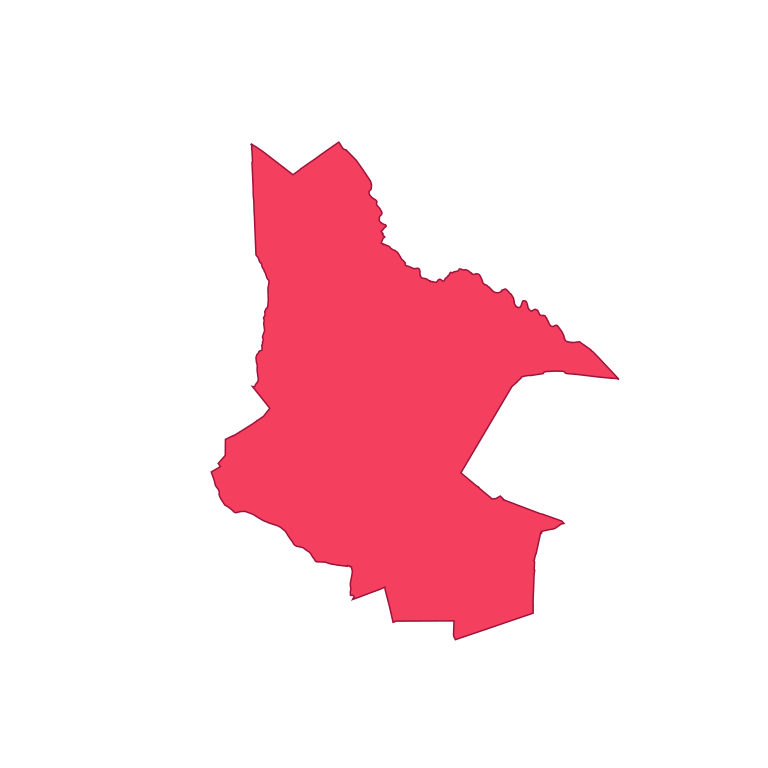 Nieuwkoop, Zuid-Holland, Netherlands (Equal Earth projection), rotated 237°
{"feature_id": "6326949B12363687207938", "entity_name": "Nieuwkoop", "entity_type": "district", "adm_level": 2, "iso_a3": "NLD", "parent_name": "Netherlands", "parent_adm1": "Zuid-Holland", "projection": "equal_earth", "projection_center": [4.798, 52.168], "detail": "fine", "context": "isolated", "style": "filled", "palette": "rose", "viewbox_px": 768, "rotation_deg": 237, "n_neighbors": 0, "source": "geoboundaries", "source_scale": "gbopen_adm2", "svg_char_len": 6135}
<svg xmlns="http://www.w3.org/2000/svg" viewBox="0 0 768 768"><g transform="rotate(237 384 384)"><path d="M233.8,246.3L229.9,244.4L227.9,242.4L225.0,240.8L224.5,241.4L224.4,242.2L222.9,243.1L221.2,242.7L221.2,241.9L220.9,241.8L220.9,241.0L220.6,240.9L220.4,240.4L219.5,244.0L216.7,256.8L214.0,269.0L213.1,274.2L211.1,273.0L194.7,267.5L179.2,261.8L178.8,263.0L178.8,264.6L147.2,313.7L135.5,305.5L134.0,305.0L130.7,304.6L110.6,384.3L118.7,389.6L119.3,389.8L122.7,392.2L143.1,406.6L145.7,409.0L146.3,408.7L153.0,413.5L154.6,413.6L154.6,414.0L154.9,414.6L158.4,418.1L158.6,418.9L173.9,434.4L173.1,434.9L173.5,435.4L174.6,435.9L172.2,442.4L170.0,447.6L169.7,449.5L169.9,450.5L169.8,451.9L170.1,456.1L169.0,459.0L172.2,458.5L188.9,445.7L189.6,444.8L221.9,421.1L222.1,421.5L226.7,420.5L227.0,415.4L228.7,412.1L244.2,407.3L246.2,407.2L246.9,406.9L247.0,406.4L267.6,400.1L312.2,489.9L313.1,496.0L313.3,497.1L313.5,497.4L314.3,502.1L314.7,502.3L314.9,503.4L314.1,506.1L312.4,509.9L311.7,511.1L311.4,511.2L306.2,522.8L306.1,523.2L306.3,523.5L306.7,524.3L306.7,525.1L306.0,527.0L301.6,534.6L297.1,541.2L296.8,541.5L295.8,541.9L294.3,542.1L293.3,542.9L286.4,551.7L272.3,568.6L267.9,574.1L267.9,574.5L266.9,575.4L261.9,582.0L261.2,582.6L259.8,583.4L261.6,583.3L289.5,578.3L297.1,576.8L299.4,575.9L299.7,576.1L300.6,575.9L311.1,571.6L312.2,571.4L312.9,570.9L313.3,570.3L315.4,565.8L317.5,563.1L317.4,563.1L319.6,560.9L321.1,559.9L322.4,559.9L324.0,560.3L324.1,560.1L324.3,560.4L327.0,561.2L331.0,561.7L336.5,561.4L338.6,561.2L339.4,560.5L339.3,560.3L339.7,560.1L340.0,558.7L340.0,557.6L340.2,557.0L341.3,555.8L342.4,555.3L345.9,555.5L347.3,555.9L348.9,555.8L350.1,556.2L351.4,556.3L352.0,556.1L353.4,556.2L354.5,555.3L354.4,555.2L356.0,553.1L357.3,552.4L358.1,552.4L359.8,552.7L361.0,552.8L361.9,553.0L362.8,552.6L363.5,552.0L364.0,551.9L364.5,551.0L364.6,549.4L364.9,547.8L364.7,547.6L365.5,546.8L367.8,546.2L368.7,546.4L369.3,546.3L371.1,546.9L371.2,547.1L374.7,548.1L375.6,548.1L376.8,547.7L377.9,546.2L378.0,545.6L377.3,544.5L375.2,541.9L374.2,539.8L375.2,538.0L376.7,537.3L377.0,536.9L377.3,537.1L378.0,537.0L380.4,537.2L381.4,537.6L381.8,538.0L382.5,538.3L382.7,538.1L384.4,539.0L385.8,539.4L390.2,539.5L391.6,538.9L393.5,538.8L395.5,538.2L396.3,538.2L397.3,537.8L397.5,537.6L397.8,537.0L398.0,535.9L398.1,535.4L398.4,534.3L398.2,534.3L398.2,533.3L397.8,533.1L397.7,531.8L398.2,529.8L398.5,529.0L400.5,526.9L402.3,526.0L408.0,524.9L409.9,524.0L410.6,524.1L411.8,523.3L412.1,522.8L413.0,522.6L414.1,522.0L416.4,522.4L416.5,522.6L418.7,523.1L419.3,523.0L421.3,523.5L423.5,523.5L425.1,522.8L426.4,521.2L426.5,520.1L427.4,518.4L428.5,517.8L429.1,517.9L429.6,517.7L429.4,517.4L432.0,516.8L433.4,516.2L435.0,515.1L435.7,514.2L435.6,513.8L436.8,512.2L438.1,511.3L438.5,511.2L439.3,510.1L439.3,509.6L438.6,507.9L438.5,507.2L438.8,506.5L439.2,505.9L439.1,505.7L440.0,503.9L439.9,502.2L440.0,501.7L441.2,501.0L441.4,500.5L440.9,499.3L439.8,497.6L439.7,497.1L439.9,496.9L439.9,496.6L439.3,495.4L439.1,492.7L437.9,491.0L437.7,490.4L438.1,489.6L441.2,488.2L441.6,487.6L441.7,487.0L441.7,486.0L440.8,483.4L441.9,481.8L443.2,480.8L443.6,480.1L443.9,479.9L444.2,479.2L444.8,478.7L445.1,479.0L445.4,478.9L446.1,478.1L448.7,477.0L449.7,476.3L452.2,473.6L452.7,473.3L454.7,473.3L454.7,473.5L456.8,474.1L458.3,475.3L460.1,476.0L461.3,476.1L462.2,475.8L462.9,475.1L463.8,473.0L464.8,471.6L468.7,469.1L469.9,468.2L470.5,467.5L471.6,466.8L472.4,466.8L474.3,467.8L476.5,467.5L478.9,466.8L485.7,467.1L487.0,467.0L489.9,466.0L491.8,464.6L494.1,463.6L495.8,463.5L496.5,463.3L501.1,460.2L501.2,459.5L502.3,459.5L503.5,458.5L504.0,458.7L504.6,459.5L506.8,462.9L506.8,464.7L510.3,464.2L510.5,465.0L513.5,464.7L514.3,468.2L514.9,469.6L514.9,471.1L515.2,471.9L516.7,472.0L517.3,471.3L519.1,470.2L521.4,469.2L522.7,469.0L524.5,469.4L525.6,470.5L526.5,471.1L526.9,471.7L527.4,474.0L527.7,474.6L528.6,475.5L529.5,475.8L533.7,476.1L536.6,475.6L538.2,475.5L539.3,476.0L540.7,477.3L541.4,477.5L542.8,477.3L544.5,476.5L544.8,476.2L546.4,475.8L546.7,475.4L550.2,475.0L551.8,475.1L552.4,475.7L553.5,476.0L554.4,479.3L554.7,479.7L557.9,482.1L561.5,483.2L575.5,483.0L586.6,482.6L600.4,479.8L600.7,479.9L603.2,477.9L605.9,477.7L607.8,477.9L611.5,477.9L610.7,454.9L610.3,449.6L610.1,439.7L609.8,431.0L609.5,430.3L609.1,421.6L645.3,408.9L652.4,405.9L655.7,404.3L655.6,404.1L657.4,403.6L657.2,402.9L656.1,403.0L653.0,400.9L651.7,400.4L643.1,395.4L642.3,395.1L641.8,394.0L619.8,381.1L615.3,378.2L611.0,375.7L608.9,374.8L598.8,368.6L595.0,366.5L562.3,347.1L561.2,346.9L558.7,347.3L554.1,346.2L551.5,346.7L549.5,345.9L547.8,345.4L545.2,345.5L543.9,345.0L541.5,344.9L537.0,343.6L535.3,343.5L533.7,343.8L532.1,343.1L529.0,340.3L528.1,339.3L525.9,337.8L517.3,332.6L513.0,329.3L511.7,328.0L511.4,326.1L510.4,324.8L509.9,323.6L509.4,323.2L506.5,321.8L505.4,319.4L505.0,318.9L502.8,318.3L500.2,316.0L494.3,313.2L493.3,312.4L491.6,310.0L489.8,307.9L489.2,307.5L486.5,306.8L485.7,305.2L484.1,304.2L482.9,302.4L481.4,301.8L479.1,300.3L478.9,299.7L479.4,297.9L479.4,296.9L478.2,295.1L477.9,293.4L475.9,291.0L471.4,288.7L469.1,288.1L464.4,284.9L457.1,281.5L455.6,280.6L454.6,279.0L453.6,276.1L452.3,274.4L452.5,273.5L453.6,272.3L425.9,275.0L422.6,265.7L422.5,264.2L422.3,258.1L422.6,257.7L422.3,257.3L422.1,252.0L422.5,229.7L422.6,229.3L422.9,229.3L423.9,220.8L410.6,212.0L407.7,201.7L403.9,201.9L404.3,191.2L395.6,189.1L390.7,187.4L388.9,187.3L386.4,187.6L384.1,187.4L382.8,186.8L381.2,185.5L379.3,185.0L376.7,184.6L369.1,184.6L366.4,186.1L364.8,186.7L361.2,187.9L358.1,188.6L357.2,189.1L356.6,189.9L355.0,194.5L353.3,197.3L352.6,198.3L346.0,203.2L340.5,205.7L335.7,208.1L333.7,209.3L332.6,210.3L330.9,211.2L322.9,217.7L320.1,219.2L314.4,221.0L312.4,221.1L308.4,220.9L302.2,221.2L298.6,221.1L297.4,221.4L295.7,222.2L292.6,225.3L290.6,227.1L287.0,228.3L283.6,229.8L282.2,230.1L277.8,229.9L275.4,230.2L273.2,230.0L272.0,230.3L270.8,231.6L270.2,232.8L266.4,237.9L263.5,240.1L261.4,242.0L259.7,244.0L257.8,245.9L251.0,254.1L251.6,254.5L250.0,256.2L249.4,255.9L248.3,257.1L247.5,256.6L244.4,255.6L243.7,255.1L241.9,253.6L235.1,247.1L233.8,246.3Z" fill="#f43f5e" stroke="#9f1239" stroke-width="1.5"/></g></svg>